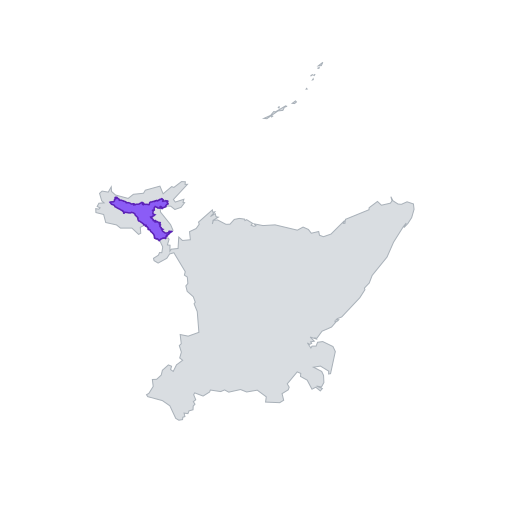 location of Assam within India, rotated 232°
{"feature_id": "IND-2477", "entity_name": "Assam", "entity_type": "State", "adm_level": 1, "iso_a3": "IND", "parent_name": "India", "parent_adm1": "", "projection": "natural_earth1", "projection_center": [92.64, 26.061], "detail": "fine", "context": "in_parent", "style": "filled", "palette": "violet", "viewbox_px": 512, "rotation_deg": 232, "n_neighbors": 0, "source": "natural_earth", "source_scale": "10m", "svg_char_len": 9269}
<svg xmlns="http://www.w3.org/2000/svg" viewBox="0 0 512 512"><g transform="rotate(232 256 256)"><path d="M110.1,223.6L115.8,222.3L116.6,218.1L126.7,219.9L133.7,216.9L135.9,219.0L139.3,217.1L136.0,201.9L132.2,201.4L130.7,199.0L131.5,191.8L125.3,189.0L125.8,184.4L135.0,173.6L138.7,177.4L149.5,174.4L154.6,164.9L160.3,161.6L165.5,150.7L169.8,148.8L170.9,144.7L178.5,137.5L177.4,135.7L178.2,128.1L185.9,123.4L185.1,121.5L179.8,120.0L179.8,116.9L176.8,116.7L176.4,114.1L173.6,111.7L175.2,107.9L173.7,105.3L176.5,102.6L173.2,101.1L174.0,99.1L172.3,97.4L174.1,94.1L177.5,92.8L191.0,95.9L199.7,93.2L211.8,84.1L214.1,84.3L213.7,87.0L216.5,94.7L222.5,98.3L220.0,101.8L220.5,108.0L223.6,111.9L224.1,119.9L221.1,121.6L219.1,118.8L216.0,119.7L219.2,126.4L219.0,134.0L222.6,133.1L226.2,138.0L232.6,140.4L232.9,143.1L240.8,147.9L234.6,153.2L231.0,164.0L248.4,175.5L256.5,177.8L257.0,179.7L262.5,181.5L270.5,180.0L275.6,182.3L276.3,185.4L281.7,188.9L285.0,187.8L287.2,190.6L309.1,193.3L310.8,189.2L309.1,184.3L310.7,174.5L315.1,172.8L317.3,173.8L316.7,179.6L318.1,182.1L316.6,183.8L320.6,188.1L326.7,189.5L332.5,187.2L336.4,188.6L348.9,187.6L349.8,182.4L344.9,179.2L345.3,176.8L354.4,175.4L361.4,166.4L366.4,165.2L374.9,158.2L382.5,161.5L388.8,156.6L392.0,158.9L389.7,160.9L389.9,162.8L392.8,161.3L394.3,164.7L391.4,169.0L394.5,168.4L401.7,171.3L401.9,174.7L397.3,178.9L399.6,184.5L395.9,181.9L390.6,182.8L380.1,190.7L380.1,197.4L374.7,206.0L376.0,209.3L370.2,223.3L362.2,221.1L362.6,232.3L360.6,233.5L360.5,243.1L358.0,246.0L356.1,244.2L354.7,246.1L351.4,225.7L348.2,225.6L345.1,234.1L343.2,231.5L342.0,232.6L340.5,226.9L342.6,220.7L347.7,219.5L349.9,217.0L351.2,211.3L353.6,210.5L349.4,207.8L333.3,208.0L327.3,206.4L327.2,198.6L325.7,195.3L324.5,197.8L322.7,197.8L319.3,193.0L317.4,194.9L312.8,191.1L313.5,193.5L309.9,199.2L318.5,206.8L313.5,207.6L309.2,214.3L316.1,218.6L314.5,225.8L316.0,230.8L318.1,231.6L319.2,250.0L317.2,248.9L316.1,250.8L315.1,244.4L314.5,249.9L311.5,248.7L309.8,250.2L310.6,244.2L308.1,241.3L310.3,244.4L308.1,247.9L299.5,251.8L297.1,255.0L298.2,261.4L295.9,266.0L292.1,269.7L290.7,269.1L290.4,271.0L283.9,273.4L283.2,271.1L280.6,272.7L279.9,274.6L282.6,274.2L275.7,280.2L268.8,290.2L250.9,304.5L249.8,310.9L244.7,313.6L239.9,313.6L236.7,320.5L233.3,318.8L229.7,321.0L227.1,328.6L229.4,347.6L227.9,344.9L227.0,346.2L229.8,349.1L222.9,373.5L224.4,374.9L224.2,385.3L218.8,386.1L214.9,394.4L215.7,397.1L219.7,398.8L215.3,397.9L209.5,399.9L207.2,402.4L205.7,408.4L200.1,412.1L195.5,409.3L190.4,402.3L188.1,395.7L187.3,390.1L189.5,394.7L188.4,390.1L182.2,372.9L174.5,358.6L169.2,335.6L165.0,328.6L164.0,321.7L162.4,321.1L159.2,312.1L155.2,286.0L156.6,281.5L156.4,279.9L154.9,282.0L154.6,280.8L154.8,278.1L156.6,278.4L154.6,277.4L153.5,271.8L156.1,261.7L153.7,253.3L154.9,252.2L153.6,252.3L158.8,248.8L153.0,249.5L154.7,246.2L152.9,246.1L153.3,243.9L155.9,243.0L149.7,242.6L150.5,244.7L148.0,247.9L150.1,251.4L147.5,255.9L137.3,260.9L131.9,259.7L117.4,242.3L118.3,240.6L120.5,242.4L129.6,239.0L133.0,232.8L124.6,236.7L120.3,235.7L114.5,231.6L112.5,227.0L116.3,223.6L110.7,226.7L110.1,223.6ZM356.2,370.9L354.2,366.8L356.8,362.6L357.5,349.1L359.6,346.9L357.8,354.1L358.9,358.9L357.6,360.1L356.2,370.9ZM367.5,422.1L367.5,427.9L365.8,424.7L367.5,422.1ZM353.9,382.6L352.5,382.7L352.4,380.2L354.0,378.5L353.9,382.6ZM362.9,412.8L362.8,414.5L362.4,412.9L362.9,412.8ZM364.5,410.5L363.9,412.7L364.1,410.3L364.5,410.5ZM366.1,420.0L365.6,421.8L365.1,421.1L366.1,420.0ZM357.0,399.0L356.1,399.1L356.6,398.2L357.0,399.0ZM355.8,371.7L354.9,372.7L355.3,371.2L355.8,371.7ZM359.2,364.9L359.6,366.5L358.5,365.3L359.2,364.9ZM360.4,410.1L359.7,409.7L360.0,408.9L360.4,410.1ZM356.2,354.0L355.8,355.8L356.0,353.9L356.2,354.0Z" fill="#d9dde1" stroke="#a8b0b8" stroke-width="1"/><path d="M327.7,189.2L328.0,189.3L328.8,189.1L329.9,189.0L330.3,188.9L330.6,188.6L330.8,187.9L331.2,187.7L331.7,187.7L331.9,187.6L332.3,187.2L332.5,187.1L332.9,187.2L333.8,187.9L334.9,188.5L336.2,188.7L339.1,188.5L339.6,188.2L341.0,188.3L341.3,188.4L341.7,188.6L342.0,188.6L342.4,188.4L342.6,188.2L342.9,187.6L343.0,187.5L343.2,187.4L343.7,187.5L344.1,188.2L344.2,188.3L344.9,188.2L345.3,188.3L346.0,188.3L346.9,187.7L347.2,187.6L347.4,187.7L347.5,188.1L347.7,188.3L347.8,188.1L347.8,187.9L347.7,187.8L347.9,187.7L347.9,187.3L348.0,187.3L348.5,187.6L349.3,187.6L349.7,187.2L349.7,186.8L351.0,187.0L351.7,186.7L352.2,186.7L352.6,186.5L354.4,185.9L355.0,185.8L355.3,185.6L355.7,185.2L355.9,185.1L357.0,185.3L358.3,185.9L358.3,186.2L358.5,186.3L359.1,186.5L362.6,186.0L362.9,186.1L363.1,186.2L363.5,186.5L364.1,186.3L365.2,186.1L365.8,185.8L366.4,185.2L367.1,184.7L367.1,184.2L367.1,183.9L367.3,183.5L368.6,182.0L369.5,181.3L371.2,179.6L371.4,179.3L371.3,179.1L371.0,178.7L370.9,178.6L371.0,178.4L371.2,178.1L371.3,178.1L371.7,178.5L372.0,178.6L372.3,178.8L373.3,178.5L373.5,178.8L373.8,178.6L374.0,178.7L374.3,178.5L374.8,178.1L375.4,177.9L376.0,177.7L376.7,177.5L378.2,176.7L381.2,175.5L381.7,175.2L382.3,175.4L382.8,175.5L383.6,175.3L384.1,175.1L385.4,174.2L385.8,174.0L388.3,174.0L388.0,174.9L387.6,175.5L386.8,176.6L386.5,177.0L386.4,177.3L386.5,177.6L386.6,178.4L387.0,178.8L387.4,179.0L387.5,179.2L387.6,179.9L387.5,180.4L387.5,180.5L387.5,181.0L388.1,180.5L388.4,180.5L388.8,180.9L388.8,181.4L388.7,181.5L388.4,181.7L388.3,182.1L388.0,182.3L387.8,182.5L387.7,182.6L387.4,182.5L387.1,182.5L386.7,182.5L385.1,183.1L384.9,183.1L384.3,182.6L384.1,182.6L383.8,182.8L383.6,183.0L383.4,183.8L383.0,184.2L382.3,184.5L381.4,185.3L381.1,185.4L380.7,185.3L380.3,185.9L378.9,186.8L378.4,186.8L378.1,186.5L377.9,186.5L377.5,186.9L376.8,188.1L376.4,188.4L375.5,189.1L374.7,189.5L374.3,189.5L374.0,189.7L373.7,189.8L373.1,190.5L373.0,191.1L372.8,191.5L372.3,192.0L372.1,192.1L371.9,192.1L371.8,191.9L371.7,191.4L371.5,191.2L370.8,192.3L370.7,192.5L370.7,193.1L370.5,193.6L369.9,194.3L368.9,195.7L368.9,195.9L369.0,196.3L368.9,197.0L368.6,197.4L368.6,197.6L368.6,198.1L368.8,198.5L368.3,199.3L367.9,199.6L366.7,199.9L366.6,199.7L366.9,199.3L367.0,199.0L367.0,198.7L366.8,198.5L366.5,198.4L365.7,198.8L365.7,199.0L365.9,199.4L365.9,199.5L364.7,200.7L364.1,201.6L363.7,202.1L363.1,202.5L362.3,203.3L362.3,203.5L362.7,204.1L362.9,204.3L363.2,204.6L363.3,204.8L363.5,205.3L363.5,206.0L363.4,206.3L363.1,206.6L362.8,207.1L362.6,207.7L362.4,208.4L362.0,209.1L361.7,209.2L361.5,209.4L361.5,209.8L361.7,210.2L361.6,210.4L361.3,210.5L361.4,210.9L361.0,211.7L360.9,212.1L360.7,212.2L360.4,212.0L360.2,212.1L360.1,212.3L359.9,213.0L359.8,213.4L359.8,213.7L360.0,213.8L359.7,214.4L359.9,214.9L359.8,215.0L359.6,215.1L359.4,215.6L359.4,216.5L359.3,216.9L359.0,216.9L359.1,217.1L358.8,217.3L358.4,217.2L358.2,217.2L357.5,217.5L357.3,217.5L356.8,216.3L356.6,216.1L356.4,216.2L356.0,217.4L355.2,218.3L355.1,218.5L355.2,219.0L354.8,219.2L353.9,220.2L353.7,220.3L353.4,220.3L353.2,220.0L353.1,219.5L353.2,219.1L352.6,219.0L351.9,219.0L351.2,218.9L351.1,218.7L351.5,217.8L351.5,217.5L351.5,217.1L351.3,216.6L351.3,216.1L351.2,215.9L350.4,215.4L350.5,215.2L350.7,214.1L351.3,212.5L351.3,212.0L351.1,211.4L351.1,211.2L351.4,211.0L351.8,211.2L352.5,211.6L352.5,211.8L353.7,211.5L353.9,211.1L353.8,210.7L353.4,210.5L353.5,210.4L353.0,210.0L352.8,209.9L353.5,209.0L354.0,208.5L354.3,208.4L354.5,208.3L354.5,208.1L354.9,208.1L355.4,208.0L355.7,207.6L357.0,207.1L356.8,206.8L356.8,206.5L356.9,206.0L356.8,205.7L355.9,204.8L355.3,204.5L355.1,204.2L354.8,204.1L354.8,203.9L355.3,203.5L355.5,203.1L355.7,202.8L355.7,202.7L355.1,202.8L354.8,202.8L354.1,201.9L353.7,201.5L353.2,201.1L353.1,200.9L352.7,200.7L352.5,200.9L352.1,201.2L351.6,201.2L351.2,201.3L350.7,201.7L350.7,200.8L350.6,200.1L351.1,198.9L351.0,198.6L350.7,198.5L350.7,198.4L350.7,198.1L350.8,198.0L351.5,197.2L351.6,196.9L350.6,196.8L349.5,197.2L349.1,197.2L348.2,197.4L347.8,197.4L347.4,196.9L347.2,196.8L346.9,196.9L346.5,197.3L346.1,198.3L345.9,198.6L345.7,198.7L345.4,198.7L345.3,198.4L345.4,197.9L345.4,197.7L345.0,197.4L344.9,197.5L344.5,198.1L344.2,198.5L344.0,198.9L343.7,199.2L343.7,199.3L343.9,199.3L344.3,199.1L344.2,199.2L343.7,199.5L343.1,199.6L342.6,199.8L342.2,200.0L342.1,200.3L341.6,200.9L341.5,201.0L341.2,201.1L340.9,200.8L340.9,200.1L340.9,199.6L340.7,199.5L339.8,199.8L339.6,199.7L339.3,199.9L339.2,199.8L339.2,199.7L339.3,199.4L339.3,199.1L339.1,198.9L338.8,198.8L338.7,198.6L338.2,198.6L337.7,198.5L337.1,198.6L336.8,198.8L336.7,198.7L336.6,198.4L335.9,198.5L335.4,198.7L335.2,198.3L334.8,198.6L334.3,199.0L334.3,198.9L334.5,198.4L334.4,198.1L333.9,197.8L333.0,197.7L332.7,197.7L332.2,198.1L331.8,198.2L331.2,198.2L330.4,198.4L330.2,198.5L329.9,198.8L329.4,199.3L329.2,199.7L328.8,200.1L328.7,200.7L328.4,201.2L328.4,201.4L328.5,201.9L328.6,202.2L329.0,202.6L329.0,202.9L328.6,203.1L328.2,203.2L328.0,203.4L327.9,204.1L327.8,204.3L327.1,204.6L327.2,204.0L327.2,203.1L327.3,202.3L327.2,201.8L327.0,201.2L326.8,200.1L326.9,199.8L327.3,199.0L327.4,198.7L326.9,198.5L327.3,198.3L327.3,198.1L327.2,197.9L327.0,198.1L326.9,198.0L326.6,197.5L326.5,197.4L326.5,196.9L326.3,196.5L326.2,196.1L325.7,196.0L325.6,195.6L325.9,195.6L326.4,195.4L326.3,195.0L326.4,194.9L326.6,194.7L326.9,194.2L327.3,194.0L327.3,193.9L327.2,193.7L327.5,193.3L327.6,192.2L327.8,191.8L327.9,191.5L327.8,190.3L327.6,189.4L327.7,189.2Z" fill="#8b5cf6" stroke="#5b21b6" stroke-width="1.5"/></g></svg>